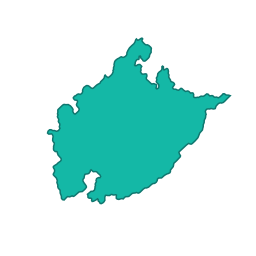 the district of Kinneret, HaZafon, Israel, rotated 47°
{"feature_id": "584046B15624900320210", "entity_name": "Kinneret", "entity_type": "district", "adm_level": 2, "iso_a3": "ISR", "parent_name": "Israel", "parent_adm1": "HaZafon", "projection": "equal_earth", "projection_center": [35.507, 32.776], "detail": "fine", "context": "isolated", "style": "filled", "palette": "teal", "viewbox_px": 256, "rotation_deg": 47, "n_neighbors": 0, "source": "geoboundaries", "source_scale": "gbopen_adm2", "svg_char_len": 5742}
<svg xmlns="http://www.w3.org/2000/svg" viewBox="0 0 256 256"><g transform="rotate(47 128 128)"><path d="M68.6,61.1L68.7,61.9L69.0,62.7L69.8,64.1L70.4,66.2L70.3,69.1L70.4,72.2L70.9,74.0L71.4,75.6L72.3,77.6L73.3,78.5L73.8,79.7L73.8,81.3L73.5,82.5L72.9,83.6L71.5,84.2L71.0,85.1L70.8,86.7L70.2,88.7L70.0,91.2L70.5,92.7L72.0,94.9L73.1,95.6L73.6,96.7L74.2,97.8L75.2,98.3L75.6,99.7L76.8,100.5L77.4,102.0L77.8,103.2L77.9,105.5L77.7,107.5L77.6,108.2L75.3,108.7L73.7,108.6L73.7,109.2L74.2,110.0L74.9,110.8L75.2,111.7L75.4,112.7L75.5,116.5L76.1,117.7L75.8,119.1L75.3,120.9L75.2,122.6L75.2,124.6L75.2,126.2L74.7,127.1L73.4,127.7L71.2,127.9L69.7,128.4L68.6,129.6L68.2,132.6L68.9,134.6L69.6,135.7L70.5,136.3L71.2,138.1L70.9,140.0L69.5,140.8L68.8,142.1L68.7,144.4L68.2,145.3L68.5,147.3L69.3,147.8L71.1,147.9L72.4,146.9L73.2,146.4L74.3,146.9L74.9,147.9L75.6,149.6L76.7,150.3L80.2,150.5L81.1,151.0L81.9,152.6L81.9,156.1L81.7,157.3L80.4,157.7L78.2,157.1L76.9,155.5L75.2,155.1L72.6,155.0L70.1,155.7L68.6,157.5L67.1,158.7L66.7,160.1L66.7,162.3L66.8,166.7L67.6,167.7L68.6,168.4L69.6,170.0L70.7,170.2L71.3,171.5L71.7,172.0L74.2,172.7L74.8,173.1L75.6,174.4L76.6,174.8L78.2,175.0L79.3,175.8L80.3,177.5L81.8,177.9L82.3,179.6L82.4,180.9L81.6,182.6L79.7,183.5L78.6,184.8L77.6,185.1L76.7,185.5L75.8,186.6L75.8,188.6L76.8,190.3L78.3,190.2L79.4,189.0L79.9,188.0L80.6,187.8L82.1,188.0L83.4,188.8L84.2,190.0L85.8,191.7L87.3,192.1L88.6,192.1L89.6,193.1L90.7,195.0L91.7,195.9L92.5,196.8L93.5,197.4L95.6,197.3L96.5,196.3L97.2,196.1L98.3,196.8L100.2,197.6L104.6,197.7L105.9,198.7L106.2,200.0L105.8,203.1L105.9,204.8L105.3,207.7L105.3,208.9L106.0,209.6L107.9,210.0L108.9,210.5L110.0,211.8L110.2,212.5L110.6,213.8L111.2,214.5L112.4,214.6L115.6,214.5L118.0,215.4L118.9,216.5L119.4,217.2L122.0,218.3L122.9,219.3L124.2,220.0L125.9,220.1L127.2,220.1L129.4,222.0L131.2,222.7L132.5,223.3L134.0,224.6L135.7,224.8L137.1,223.8L136.9,221.1L136.9,219.0L137.6,218.4L138.5,217.7L139.0,216.7L139.5,215.1L140.6,214.8L141.0,214.2L141.2,212.7L141.3,209.6L141.4,207.4L142.0,206.5L143.3,204.8L143.4,203.2L143.4,201.0L143.0,198.9L142.2,198.2L140.9,197.9L137.6,197.5L135.9,197.0L134.9,196.0L134.6,194.2L133.6,193.0L132.5,191.2L132.9,190.3L134.0,188.8L134.5,187.6L134.1,185.4L133.3,184.3L133.4,183.5L136.3,183.2L137.5,181.7L138.6,180.8L140.8,180.8L143.3,180.5L144.9,181.1L145.2,182.5L144.1,183.4L143.6,185.5L144.6,187.2L145.8,187.8L146.2,189.4L146.7,190.3L147.8,190.9L148.4,192.1L149.5,193.2L150.6,195.1L150.2,197.1L149.1,198.2L148.8,202.8L149.3,202.8L151.5,204.6L152.3,204.5L153.1,204.0L154.0,203.0L155.1,202.9L156.2,204.1L157.3,204.3L158.0,203.3L158.7,200.9L158.9,199.7L159.0,198.6L160.0,198.5L160.8,199.5L161.8,199.5L162.2,199.3L164.2,199.8L165.1,199.1L165.6,197.4L165.6,195.9L165.1,194.2L163.1,192.5L162.4,191.5L161.9,190.4L162.5,189.7L163.3,189.1L164.7,187.7L165.0,186.6L165.1,185.7L165.9,184.9L166.8,184.6L167.6,183.7L168.4,182.5L169.2,182.2L170.0,183.2L171.4,184.5L172.6,184.4L174.0,183.4L175.1,181.1L175.8,180.4L176.6,179.9L176.5,178.9L176.5,176.6L177.6,175.5L178.6,174.1L178.7,169.6L179.4,168.3L180.4,167.1L180.9,165.8L182.2,165.2L182.9,164.5L183.2,163.1L183.1,158.5L183.4,156.5L184.5,155.3L185.3,153.2L185.3,150.2L185.5,147.9L186.7,146.2L186.9,144.2L186.4,142.6L185.5,141.4L185.4,139.9L186.7,138.3L187.4,137.5L187.5,133.7L188.1,131.0L188.8,129.6L189.3,127.9L188.9,126.8L187.7,125.6L187.1,121.3L186.5,120.4L185.1,118.6L185.1,114.8L184.7,109.3L183.9,108.4L182.3,108.2L180.4,107.3L180.3,106.3L180.3,96.8L180.6,94.2L182.0,93.5L182.9,92.8L183.2,91.6L183.2,87.9L182.8,83.6L182.2,82.2L181.2,80.2L180.6,78.9L180.4,76.7L180.2,74.9L179.1,73.4L178.4,72.2L177.5,71.3L176.9,70.7L176.4,69.5L175.7,68.3L174.7,67.4L174.1,66.4L173.5,64.6L172.8,63.6L171.9,62.8L171.4,61.6L170.1,61.0L168.6,60.1L168.0,58.9L168.0,57.3L168.8,56.2L170.0,55.1L170.0,54.5L170.4,53.9L171.4,53.3L172.6,52.3L173.3,50.9L172.7,49.9L172.1,48.9L171.8,46.0L172.0,44.4L172.7,43.2L173.6,42.5L174.3,40.9L174.4,39.1L174.2,35.6L174.1,31.2L172.6,32.0L170.9,33.7L169.7,33.9L168.5,34.3L167.8,35.2L168.0,36.8L167.9,39.8L167.6,41.2L165.6,42.3L164.9,43.4L164.1,43.9L162.8,43.9L161.6,44.4L160.4,46.2L159.0,46.4L157.7,46.4L156.7,47.3L156.6,49.1L156.4,50.5L156.1,51.5L155.3,52.1L154.5,52.9L153.7,55.7L152.8,56.3L152.3,57.3L151.2,58.5L150.3,58.8L149.3,58.2L148.3,57.1L146.9,56.6L146.0,57.1L145.2,58.4L142.5,58.6L141.6,59.1L140.5,61.0L138.4,61.5L135.8,61.7L135.1,62.2L134.9,65.3L133.7,66.1L132.2,66.6L131.6,67.3L130.5,68.2L129.0,68.0L128.6,67.2L128.0,64.3L127.0,63.8L125.7,63.8L124.3,64.4L123.4,64.9L122.9,64.9L122.1,64.3L121.2,64.1L119.3,63.7L118.5,63.5L117.6,62.3L116.8,61.7L115.6,61.4L115.0,60.8L114.2,59.8L112.5,58.8L111.5,58.7L110.9,59.1L110.5,60.9L110.1,62.0L109.7,62.1L108.7,61.5L107.3,60.3L106.3,60.5L106.3,61.4L107.5,62.4L108.3,63.4L108.6,64.8L108.3,67.5L108.6,69.2L110.3,71.3L110.7,73.0L111.3,73.5L112.3,73.9L113.4,75.8L114.7,75.9L117.3,76.0L118.7,77.1L119.5,78.4L119.2,80.1L118.5,80.4L117.8,80.2L117.2,79.1L116.0,77.8L115.2,77.8L114.3,78.4L113.2,78.8L112.4,80.0L111.9,80.7L109.7,80.9L107.6,81.0L105.1,81.3L103.8,80.5L103.2,79.1L102.3,78.2L101.2,77.7L100.2,78.4L99.2,79.9L98.2,80.9L96.5,80.8L95.8,80.7L95.1,80.1L94.9,79.4L94.2,78.7L93.2,78.1L92.7,77.1L92.3,75.9L90.9,75.9L89.6,76.0L88.9,76.8L88.3,78.0L88.1,79.4L87.3,80.3L86.4,80.2L86.1,79.1L85.0,78.0L84.5,76.9L84.1,75.3L84.2,74.4L85.2,73.4L84.9,72.7L84.2,72.1L83.2,70.9L83.8,69.9L84.4,70.0L85.2,70.8L86.8,70.9L87.5,70.7L89.2,71.1L90.1,70.6L90.7,69.7L90.8,68.3L90.8,65.9L90.7,64.9L90.4,63.7L89.7,62.9L89.1,61.8L88.7,60.7L88.6,59.7L87.7,58.8L86.8,58.0L85.7,56.6L84.7,56.3L81.9,56.5L80.5,57.0L79.9,57.7L79.0,58.4L77.0,58.6L75.3,58.6L74.0,58.4L73.2,57.7L72.9,56.5L72.0,56.4L71.5,56.9L71.2,58.3L71.0,59.8L70.7,60.7L70.3,61.1L68.6,61.1Z" fill="#14b8a6" stroke="#0f766e" stroke-width="1.5"/></g></svg>